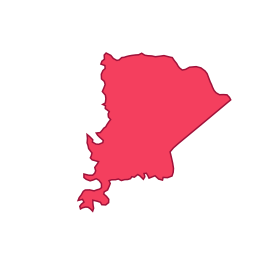 outline of Heitoraí, Goiás, Brazil, rotated 309°
{"feature_id": "56859067B60847628192703", "entity_name": "Heitoraí", "entity_type": "district", "adm_level": 2, "iso_a3": "BRA", "parent_name": "Brazil", "parent_adm1": "Goiás", "projection": "natural_earth1", "projection_center": [-49.823, -15.733], "detail": "fine", "context": "isolated", "style": "filled", "palette": "rose", "viewbox_px": 256, "rotation_deg": 309, "n_neighbors": 0, "source": "geoboundaries", "source_scale": "gbopen_adm2", "svg_char_len": 2206}
<svg xmlns="http://www.w3.org/2000/svg" viewBox="0 0 256 256"><g transform="rotate(309 128 128)"><path d="M118.4,192.4L122.0,191.0L125.2,188.8L128.9,184.7L132.7,179.9L135.9,175.7L141.3,175.8L147.8,176.9L153.3,178.0L178.2,183.0L214.5,190.1L215.6,187.6L216.1,184.1L214.0,181.1L211.4,178.1L210.8,174.3L211.3,171.3L212.9,167.9L214.2,165.7L215.6,162.8L217.7,159.2L220.0,155.3L220.8,152.0L220.6,146.8L218.6,142.4L216.7,140.4L214.0,137.6L209.7,135.8L207.2,133.7L207.1,130.2L207.7,127.7L208.7,125.3L209.6,121.2L210.6,118.1L209.5,116.0L206.9,110.4L204.2,107.9L200.6,104.4L199.0,101.2L196.7,98.0L195.1,95.2L194.7,91.6L191.6,90.2L189.5,87.9L186.7,85.2L184.5,83.3L182.5,81.8L180.6,80.6L178.8,78.8L175.3,78.3L173.5,76.8L172.8,72.9L173.6,68.9L172.5,63.8L169.7,63.6L166.6,66.4L163.5,65.7L160.6,66.7L162.0,70.7L159.9,72.8L156.8,72.4L153.0,73.4L149.5,76.5L149.3,80.3L147.4,82.9L144.1,84.0L140.2,85.1L139.3,89.8L136.8,92.4L133.2,94.6L130.4,93.5L131.2,96.4L128.8,98.1L129.0,103.1L126.4,103.7L124.2,105.9L123.6,109.2L121.0,109.2L117.6,109.5L114.9,110.0L112.5,109.3L110.2,109.4L107.0,109.3L104.1,106.5L103.3,108.9L103.0,111.7L102.8,116.6L100.8,117.6L97.0,115.6L95.3,113.2L94.7,109.2L96.7,108.0L97.2,103.3L97.2,100.3L94.3,103.1L90.7,105.6L89.2,108.0L87.2,110.4L85.9,115.7L83.2,117.0L81.1,117.5L80.7,120.2L81.7,122.5L83.3,126.3L81.2,126.7L76.4,127.0L74.4,129.8L72.0,130.6L69.0,130.2L66.6,127.2L64.5,122.7L61.8,124.9L61.8,127.8L63.1,131.8L65.6,133.6L68.6,135.2L69.1,138.4L68.1,142.3L65.0,144.9L62.6,144.4L60.6,142.9L57.8,141.2L55.8,137.2L52.9,133.8L50.7,133.1L46.6,133.8L43.2,133.9L40.3,134.8L43.9,137.6L42.7,140.4L39.4,139.7L36.8,139.8L35.2,142.0L37.4,142.9L39.8,144.7L41.3,146.8L41.5,149.6L41.1,152.9L44.0,151.8L45.7,149.8L47.8,147.7L49.8,146.1L51.8,150.3L52.9,153.3L51.9,155.9L54.2,159.1L57.8,159.9L60.5,157.9L61.3,154.3L61.4,150.7L63.4,149.7L67.0,151.1L71.0,150.0L73.7,149.1L75.2,146.4L77.5,147.9L79.9,150.8L82.3,152.6L83.0,155.9L85.7,157.8L87.8,160.2L90.2,161.8L92.6,161.6L93.8,163.9L98.0,164.9L98.3,167.4L97.8,172.2L100.7,171.8L102.7,169.1L104.4,170.8L103.6,173.1L102.3,175.9L106.0,178.0L107.9,179.1L107.6,184.0L109.2,187.6L111.7,186.4L114.3,190.0L118.4,192.4Z" fill="#f43f5e" stroke="#9f1239" stroke-width="1.5"/></g></svg>